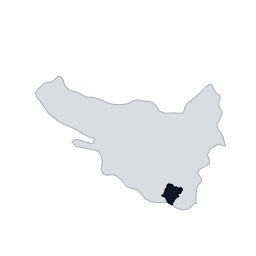 Guayubín, Monte Cristi, Dominican Republic (highlighted), rotated 196°
{"feature_id": "3306468B33320306044259", "entity_name": "Guayubín", "entity_type": "district", "adm_level": 2, "iso_a3": "DOM", "parent_name": "Dominican Republic", "parent_adm1": "Monte Cristi", "projection": "albers", "projection_center": [-71.302, 19.687], "detail": "fine", "context": "in_parent", "style": "filled", "palette": "ink", "viewbox_px": 256, "rotation_deg": 196, "n_neighbors": 0, "source": "geoboundaries", "source_scale": "gbopen_adm2", "svg_char_len": 4348}
<svg xmlns="http://www.w3.org/2000/svg" viewBox="0 0 256 256"><g transform="rotate(196 128 128)"><path d="M41.8,169.8L42.1,160.4L43.5,156.6L42.2,152.6L36.2,148.3L32.6,142.9L29.4,138.0L30.1,137.3L36.6,137.1L38.9,135.3L43.3,130.4L44.1,126.4L43.8,123.4L41.0,119.7L39.9,115.9L43.4,112.6L47.9,107.8L48.6,105.9L48.5,104.1L43.2,98.9L42.8,96.8L45.3,91.2L45.1,87.5L42.6,76.1L41.5,74.4L43.8,73.4L45.4,70.0L47.5,67.0L50.2,65.3L53.3,64.3L59.5,64.4L68.1,67.1L70.5,67.0L78.8,64.6L85.6,63.3L92.0,64.8L94.6,66.8L100.0,70.1L102.6,71.1L111.0,71.0L113.3,71.3L120.4,76.6L126.3,78.8L129.8,78.9L135.9,76.7L139.0,76.8L142.6,81.4L143.3,88.0L146.3,94.0L150.8,97.8L173.0,96.0L178.0,99.1L176.4,101.7L173.2,103.2L162.7,102.7L158.0,103.0L157.1,105.7L157.1,108.1L163.3,108.6L169.4,109.8L175.6,111.6L181.9,112.9L189.0,113.7L196.0,115.0L207.7,119.6L220.8,130.2L224.3,132.6L226.6,135.9L225.6,140.1L221.1,147.0L218.5,149.3L214.8,150.7L212.2,153.5L209.7,158.3L208.2,158.7L206.4,158.6L203.2,155.9L201.0,151.8L194.7,148.0L187.3,148.6L176.3,146.4L169.8,147.6L163.2,147.9L156.4,146.8L149.6,146.5L142.8,148.0L136.3,150.6L133.8,152.2L129.7,156.1L127.4,157.5L111.4,159.6L106.8,156.8L102.5,152.9L96.3,152.4L87.4,155.4L81.8,156.5L79.5,157.8L78.9,159.3L78.9,164.7L77.6,168.1L68.9,180.6L64.0,189.4L61.9,192.1L59.6,192.7L55.3,187.7L52.5,185.8L49.2,184.9L47.7,182.2L47.8,178.3L46.9,174.6L44.8,171.7L41.8,169.8Z" fill="#d9dde1" stroke="#a8b0b8" stroke-width="1"/><path d="M60.9,85.3L61.0,85.3L61.1,85.2L61.3,84.9L61.5,84.7L61.6,84.4L61.5,84.1L61.5,83.9L61.8,83.7L62.1,83.7L62.4,83.7L62.5,83.9L62.6,84.0L62.9,84.1L63.1,84.1L63.4,84.2L63.7,84.0L63.9,84.0L64.2,84.0L64.5,84.2L64.9,84.2L65.0,84.2L65.1,84.4L65.2,84.5L65.4,84.6L65.5,84.6L65.9,84.3L66.0,84.2L66.0,83.9L66.0,83.6L66.0,83.4L66.3,83.4L66.6,83.4L66.8,83.5L67.0,83.7L67.1,83.8L67.5,83.9L67.9,84.1L68.0,84.2L68.1,84.3L68.3,84.5L68.8,84.7L69.2,85.1L69.3,85.1L69.6,85.3L69.9,85.5L70.1,85.5L70.3,85.4L70.7,85.5L71.2,85.8L71.3,85.8L71.4,85.7L71.5,85.6L71.7,85.0L71.8,84.9L72.0,84.7L72.3,84.6L72.5,84.6L72.7,84.9L72.8,85.1L73.1,85.2L73.3,85.3L73.6,85.4L73.7,85.2L73.8,84.9L73.9,84.7L74.0,84.4L74.3,84.0L74.4,83.9L74.4,83.5L74.5,83.3L74.5,83.1L74.4,82.8L74.4,82.3L74.2,82.1L74.1,81.9L74.1,81.5L74.0,81.4L73.9,81.0L73.6,80.8L73.6,80.7L73.8,80.4L73.9,80.0L74.0,80.0L74.1,79.9L74.1,80.0L74.5,80.1L74.8,80.1L75.0,79.8L75.0,79.4L75.1,79.1L75.0,78.9L75.0,78.6L75.2,78.3L75.2,78.1L75.1,77.9L74.8,77.6L74.7,77.5L74.7,77.3L74.7,77.0L74.7,76.8L74.8,76.7L75.0,76.5L75.1,76.3L75.2,76.2L75.0,75.8L74.9,75.7L74.9,75.4L75.1,75.2L75.2,74.6L75.3,74.3L75.4,73.9L75.7,73.2L75.9,73.0L76.0,72.9L76.6,72.9L76.7,72.6L76.7,72.4L76.4,72.2L74.8,72.2L74.6,72.2L74.4,72.1L73.5,72.0L73.4,72.0L73.1,71.8L72.8,71.6L72.5,71.5L72.2,71.4L71.9,71.1L71.7,71.0L71.5,70.8L71.5,70.6L71.3,70.4L71.0,70.3L71.0,70.2L70.9,70.2L71.0,70.0L71.1,69.9L71.2,69.7L70.7,69.6L70.4,69.4L70.0,68.5L69.9,68.1L69.7,68.1L69.4,68.0L69.3,67.9L69.2,67.9L69.1,68.0L68.8,68.0L68.8,67.9L68.7,67.9L68.5,67.7L68.4,67.7L68.3,67.8L68.2,67.8L68.1,67.7L67.9,67.5L67.7,67.5L67.6,67.4L67.7,67.2L67.4,67.2L67.5,67.2L67.4,67.2L67.2,67.1L66.9,67.0L66.7,67.0L66.5,66.9L66.5,67.0L66.4,67.1L66.3,66.9L66.2,66.9L66.2,67.0L65.9,67.0L65.7,67.0L65.4,67.0L65.2,67.0L65.0,66.9L64.9,66.9L64.9,67.0L64.9,66.9L64.7,66.9L64.4,66.8L64.2,66.8L64.2,66.7L63.9,66.7L63.7,66.6L63.8,66.7L64.1,66.8L64.4,66.9L64.6,67.0L65.0,67.1L65.3,67.2L65.3,67.4L65.3,67.5L65.2,67.7L65.1,68.0L65.0,68.5L64.8,68.8L64.6,69.0L64.4,69.2L64.2,69.3L63.9,69.6L63.8,69.8L63.9,70.1L64.2,70.4L64.2,70.6L64.2,70.8L63.8,71.3L63.6,71.7L63.5,72.1L63.3,72.6L63.3,72.8L63.3,73.0L63.2,73.2L63.1,73.4L62.9,73.5L62.7,73.9L62.6,74.3L62.4,74.6L62.2,74.8L61.9,75.0L61.6,75.3L61.1,75.6L61.0,75.8L60.9,75.9L60.7,76.0L60.6,76.3L60.8,76.4L60.9,76.5L61.0,76.6L61.0,76.8L61.3,76.9L61.6,77.1L61.8,77.1L62.0,77.1L61.9,76.8L61.9,76.7L62.2,76.6L62.3,76.6L62.4,76.8L62.5,77.0L62.5,77.3L62.4,77.2L62.1,77.1L62.2,77.3L62.3,77.7L62.3,77.8L62.3,78.1L62.3,78.3L62.2,78.5L61.9,78.6L61.7,78.8L61.0,79.2L60.7,79.2L60.4,79.4L60.0,79.7L59.8,79.8L59.7,79.9L59.6,80.1L59.6,80.7L59.6,80.9L59.3,81.4L59.3,81.5L59.7,81.8L59.9,81.9L60.0,82.0L60.2,82.4L60.2,82.5L59.7,82.9L59.6,83.0L59.1,83.1L58.9,83.2L58.8,83.3L58.8,83.7L59.1,83.7L59.3,83.7L59.4,83.8L59.4,84.3L59.5,84.4L59.5,84.5L60.1,84.5L60.3,84.5L60.4,84.8L60.5,84.9L60.7,85.1L60.9,85.3Z" fill="#0f172a" stroke="#020617" stroke-width="1.5"/></g></svg>